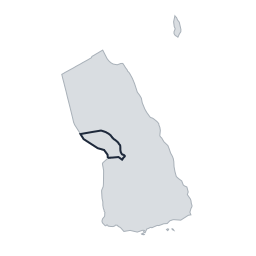 Zamakh wa Manwokh, Hadramawt, Yemen (highlighted), rotated 265°
{"feature_id": "15242507B25520584620075", "entity_name": "Zamakh wa Manwokh", "entity_type": "district", "adm_level": 2, "iso_a3": "YEM", "parent_name": "Yemen", "parent_adm1": "Hadramawt", "projection": "albers", "projection_center": [47.768, 17.17], "detail": "fine", "context": "in_parent", "style": "outline", "palette": "slate", "viewbox_px": 256, "rotation_deg": 265, "n_neighbors": 0, "source": "geoboundaries", "source_scale": "gbopen_adm2", "svg_char_len": 6069}
<svg xmlns="http://www.w3.org/2000/svg" viewBox="0 0 256 256"><g transform="rotate(265 128 128)"><path d="M207.8,109.6L198.9,113.2L196.6,114.7L194.5,116.6L193.0,118.8L191.9,122.8L192.9,126.5L192.8,128.4L190.5,129.7L188.4,130.7L186.0,132.2L184.6,132.6L183.4,133.7L182.0,134.5L177.0,136.7L171.6,138.4L162.9,140.4L159.5,142.5L156.5,143.9L151.8,144.4L145.4,146.4L141.9,148.0L137.5,150.6L136.5,151.4L135.7,153.3L134.4,154.9L131.7,157.6L129.7,159.0L128.4,159.0L125.8,159.8L122.7,160.0L117.5,159.0L116.2,159.7L115.1,160.7L111.1,162.6L107.0,166.2L104.0,167.1L99.2,168.3L95.8,169.8L93.6,170.4L90.7,170.7L85.3,170.5L80.2,171.0L75.4,171.9L73.2,173.9L70.6,176.9L66.4,178.1L65.4,179.2L64.1,181.5L61.4,182.0L59.0,182.4L56.5,181.3L51.7,184.0L50.0,184.4L47.3,184.5L45.3,185.0L44.0,184.8L42.3,183.7L38.7,182.3L36.0,183.1L35.8,180.5L31.6,172.5L32.7,165.7L32.7,164.7L31.9,161.6L29.4,158.7L29.5,155.2L28.7,152.6L28.1,150.0L28.3,149.3L28.4,148.6L27.1,144.6L26.7,143.7L26.6,142.9L27.0,142.3L27.0,141.5L26.4,140.2L25.7,137.9L22.2,135.9L23.0,134.2L23.6,134.8L24.5,135.4L24.8,134.3L24.8,133.4L23.5,128.2L25.8,121.2L25.3,114.9L28.6,112.5L29.5,111.7L30.0,111.1L30.8,109.6L31.9,109.2L32.3,107.7L32.3,106.9L31.6,106.3L31.1,104.5L31.4,102.3L31.6,101.4L32.0,99.7L33.1,99.1L33.4,98.6L32.6,97.5L32.6,96.8L34.7,95.1L35.4,94.5L36.7,94.0L37.7,94.0L38.9,94.4L39.9,94.9L40.8,95.8L41.9,96.9L43.5,97.3L44.6,97.3L45.5,97.7L46.2,97.5L47.1,97.0L48.5,97.0L49.7,96.5L53.2,96.2L56.6,96.5L60.2,96.0L63.7,96.1L67.2,96.2L68.0,96.3L68.8,96.6L71.8,98.2L74.0,98.6L78.6,99.1L83.5,99.6L87.7,100.0L91.3,99.7L94.3,99.4L95.1,99.5L96.0,100.5L97.8,102.9L99.5,105.3L102.4,105.4L104.4,104.5L106.5,103.3L107.7,102.3L109.2,98.6L110.2,96.1L112.4,93.4L114.2,91.1L116.6,88.0L118.0,86.3L120.6,83.0L123.1,81.7L128.0,79.2L132.8,76.7L135.9,75.1L138.5,74.3L142.9,73.7L148.1,72.9L153.3,72.1L158.9,71.2L165.0,70.2L169.3,69.6L174.7,68.7L179.1,68.0L183.1,67.3L187.2,66.7L188.0,68.5L188.9,70.3L189.7,72.2L190.5,74.0L191.3,75.8L192.1,77.7L192.9,79.5L193.8,81.3L194.6,83.1L195.4,85.0L196.2,86.8L197.1,88.6L197.9,90.5L198.7,92.3L199.5,94.1L200.4,96.0L201.2,97.7L202.5,98.3L203.2,100.0L204.4,102.4L205.5,104.8L206.7,107.2L207.8,109.6ZM222.1,183.4L223.2,183.6L224.9,182.9L229.8,182.7L235.7,184.5L234.6,185.1L234.0,185.9L231.4,186.7L228.9,188.3L221.5,189.3L219.3,189.0L217.4,187.5L214.1,185.6L215.3,184.3L215.6,183.7L216.1,183.1L217.9,182.1L219.8,182.2L222.1,183.4ZM23.9,159.3L23.7,159.7L23.3,159.6L22.3,158.6L23.5,157.5L24.1,158.6L23.9,159.3ZM21.0,134.6L20.4,135.0L20.3,134.3L20.7,132.7L21.3,132.2L21.7,133.4L21.4,134.1L21.0,134.6ZM23.2,164.2L22.0,164.8L22.9,163.3L23.7,163.0L23.9,163.1L23.2,164.2Z" fill="#d9dde1" stroke="#a8b0b8" stroke-width="1"/><path d="M97.0,119.3L97.3,119.5L97.5,119.7L97.5,119.8L97.8,120.0L98.0,120.2L98.1,120.3L98.3,120.4L98.3,120.5L98.5,120.6L98.7,120.8L98.8,120.9L98.9,121.0L99.0,121.1L99.2,121.3L99.3,121.4L99.4,121.5L99.5,121.7L99.5,121.8L99.7,122.0L99.8,122.1L100.0,122.3L100.4,122.4L100.5,122.4L100.8,122.2L101.0,122.0L101.1,121.9L101.3,121.7L101.5,121.5L101.5,121.4L101.6,121.2L101.8,120.9L101.9,120.7L101.9,120.4L102.0,120.3L102.0,120.1L102.2,119.9L102.3,119.8L102.4,119.7L102.5,119.6L102.8,119.5L103.0,119.4L103.3,119.2L103.6,119.1L103.8,119.0L104.0,118.9L104.3,118.8L104.5,118.8L104.6,118.7L104.9,118.6L105.0,118.6L105.3,118.6L105.5,118.6L105.8,118.6L106.0,118.5L106.4,118.5L106.6,118.5L106.8,118.5L107.0,118.5L107.3,118.5L107.6,118.5L107.9,118.5L108.0,118.6L108.3,118.6L108.5,118.6L108.8,118.6L109.0,118.6L109.3,118.7L109.5,118.7L109.8,118.7L110.0,118.7L110.3,118.7L110.5,118.7L110.9,118.7L111.0,118.7L111.4,118.6L111.5,118.6L111.8,118.5L111.9,118.4L112.0,118.3L112.1,118.2L112.4,118.0L112.5,117.9L112.8,117.7L113.0,117.5L113.3,117.4L113.5,117.3L113.7,117.2L113.9,117.2L114.0,117.1L114.3,116.9L114.5,116.7L114.8,116.6L115.0,116.4L115.1,116.2L115.3,116.1L115.5,115.9L115.7,115.7L115.8,115.6L116.0,115.4L116.2,115.2L116.3,115.1L116.5,114.9L116.7,114.7L116.8,114.6L117.0,114.4L117.2,114.2L117.3,114.1L117.4,113.9L117.5,113.8L117.5,113.7L117.7,113.4L117.9,113.3L118.0,113.2L118.2,112.9L118.3,112.8L118.4,112.7L118.5,112.6L118.8,112.4L119.0,112.3L119.0,112.2L119.3,112.0L119.4,111.9L119.5,111.8L119.6,111.7L119.8,111.6L120.0,111.4L120.3,111.3L120.3,111.2L120.6,111.1L120.8,110.9L121.0,110.8L121.2,110.7L121.3,110.6L121.5,110.5L121.6,110.4L121.8,110.3L121.9,110.2L122.1,110.2L122.3,110.0L122.4,109.9L122.5,109.8L122.6,109.7L122.8,109.5L122.9,109.4L123.0,109.3L123.0,109.2L123.3,108.9L123.5,108.7L123.8,108.4L124.0,108.2L124.2,107.9L124.3,107.7L124.5,107.5L124.6,107.3L124.7,107.2L124.8,107.1L124.9,106.9L125.0,106.7L125.2,106.3L125.3,106.2L125.5,106.0L125.6,105.9L125.7,105.7L125.8,105.6L125.9,105.4L126.0,105.2L126.1,104.9L126.2,104.7L126.3,104.6L126.4,104.4L126.4,104.2L126.5,104.1L126.6,103.8L126.7,103.7L126.8,103.5L126.8,103.3L126.9,103.2L127.0,103.0L127.0,102.8L127.1,102.7L127.2,102.4L127.3,102.1L127.5,101.8L127.5,101.7L127.6,101.4L127.7,101.2L127.7,100.9L127.8,100.8L127.8,100.7L127.8,100.4L127.8,100.2L127.8,99.9L127.7,99.8L127.7,99.6L127.6,98.2L127.3,94.1L127.2,92.7L126.4,83.3L126.1,80.1L125.7,80.3L125.3,80.5L124.9,80.7L124.5,80.9L124.1,81.1L123.7,81.3L123.3,81.6L122.8,81.8L122.5,81.9L122.1,82.2L121.6,82.4L121.2,82.6L120.8,82.8L120.5,83.2L120.2,83.6L120.0,83.9L119.6,84.4L119.4,84.7L119.1,85.0L118.8,85.4L118.5,85.8L118.2,86.1L118.0,86.5L117.7,86.9L117.4,87.2L117.1,87.6L116.8,88.0L116.5,88.3L116.2,88.7L116.0,89.1L115.7,89.4L115.4,89.8L115.1,90.2L114.8,90.6L114.5,90.9L114.2,91.3L114.0,91.7L113.7,92.0L113.4,92.4L113.1,92.8L112.8,93.1L112.5,93.5L112.3,93.9L112.0,94.2L111.7,94.6L111.4,95.0L111.1,95.4L110.8,95.7L110.5,96.1L110.2,97.0L109.9,97.8L109.7,98.3L109.4,99.2L109.0,100.0L108.9,100.5L108.5,101.4L108.2,102.3L107.8,102.5L107.5,102.7L107.1,102.9L106.7,103.1L106.4,103.4L106.0,103.6L105.7,103.8L105.3,104.0L104.9,104.2L104.6,104.5L104.2,104.7L103.9,104.9L103.5,105.1L103.2,105.3L102.3,105.3L101.5,105.3L101.1,105.3L100.7,105.3L99.9,105.3L100.0,105.3L99.9,107.5L100.0,107.5L100.0,108.2L99.9,109.2L99.9,110.3L99.9,112.5L99.9,116.0L97.0,119.3Z" fill="none" stroke="#1e293b" stroke-width="2"/></g></svg>